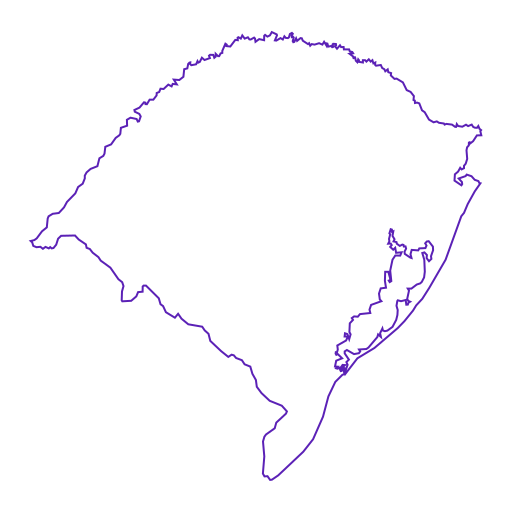 the State of Rio Grande do Sul
{"feature_id": "BRA-612", "entity_name": "Rio Grande do Sul", "entity_type": "State", "adm_level": 1, "iso_a3": "BRA", "parent_name": "Brazil", "parent_adm1": "", "projection": "robinson", "projection_center": [-52.79, -30.407], "detail": "fine", "context": "isolated", "style": "outline", "palette": "violet", "viewbox_px": 512, "rotation_deg": 0, "n_neighbors": 0, "source": "natural_earth", "source_scale": "10m", "svg_char_len": 5935}
<svg xmlns="http://www.w3.org/2000/svg" viewBox="0 0 512 512"><path d="M36.5,247.2L33.3,245.9L32.2,242.4L30.7,241.0L34.3,240.1L36.7,238.4L42.0,231.3L46.8,227.4L47.7,218.5L48.6,216.3L52.7,213.8L58.8,213.0L64.0,207.4L67.0,201.9L75.3,193.4L78.1,187.0L82.7,183.7L84.8,178.4L84.8,175.6L86.6,172.4L90.6,168.9L97.4,166.2L99.4,158.3L103.3,155.9L104.5,153.6L105.3,146.8L111.1,144.4L115.7,137.9L119.3,135.3L120.3,133.8L120.9,127.8L127.1,125.7L126.9,119.8L130.5,117.7L136.6,119.0L137.8,121.6L139.0,121.3L140.7,116.4L139.3,113.9L134.8,111.7L134.4,110.0L139.5,107.6L144.0,102.3L145.3,102.6L145.5,104.1L146.9,104.2L149.6,99.7L153.3,99.7L156.6,95.4L156.7,93.0L159.2,92.0L160.5,88.7L163.6,89.0L168.3,84.6L171.6,86.4L172.7,83.9L176.8,84.4L173.8,79.6L179.3,80.0L183.4,76.8L184.2,69.2L187.3,68.4L188.2,63.9L189.5,62.6L190.3,62.4L190.2,64.2L191.3,65.2L196.1,64.3L197.5,61.1L198.3,62.6L199.8,61.9L201.9,57.7L204.5,60.0L209.9,58.1L209.0,55.7L210.1,54.8L213.3,54.9L214.3,57.8L215.7,56.6L215.7,53.8L218.0,56.1L219.2,56.1L220.6,53.4L222.3,52.9L222.3,50.9L225.4,43.7L226.7,44.6L226.5,46.1L230.3,46.5L235.3,39.9L237.8,40.2L237.6,37.7L238.4,37.2L240.8,38.6L242.3,35.4L244.7,38.6L247.9,37.3L249.4,39.4L250.7,39.5L254.1,37.6L255.0,38.5L255.5,41.8L259.2,39.1L264.1,40.2L264.2,35.8L265.1,34.9L267.4,36.6L269.9,35.4L271.8,32.1L276.7,34.4L277.0,35.3L274.9,40.4L276.3,40.6L280.5,38.1L282.8,39.5L284.4,36.3L285.8,37.9L287.9,38.1L288.9,37.4L289.9,34.0L291.9,32.9L292.8,33.8L291.6,35.7L291.8,37.1L293.0,36.7L293.7,37.5L292.7,41.1L293.3,42.2L294.3,41.9L296.1,38.3L297.1,40.9L300.5,38.1L301.8,38.3L302.8,40.7L308.0,44.1L309.1,43.2L310.2,45.7L311.7,44.1L314.6,44.6L319.1,43.2L322.4,44.6L324.1,41.8L326.4,45.5L326.6,43.4L327.4,43.6L328.3,46.6L331.1,46.0L332.2,47.2L333.1,46.9L332.6,44.4L333.2,43.8L335.9,44.0L336.1,45.3L334.9,46.1L337.0,48.7L340.0,45.3L341.1,47.1L343.6,47.0L343.9,49.4L349.1,49.4L349.8,51.4L352.3,52.0L353.1,53.3L349.6,53.8L354.2,57.3L352.7,58.4L355.1,57.5L355.8,60.7L357.3,62.2L358.2,59.3L359.0,60.3L358.6,61.8L362.9,62.5L362.9,60.2L365.1,60.2L366.4,61.6L368.8,59.3L370.7,61.6L372.4,60.2L373.4,63.4L375.3,62.5L375.1,64.8L376.0,65.7L380.8,65.0L382.2,68.0L384.3,69.2L385.3,71.3L387.7,69.4L388.3,72.2L391.1,73.1L390.8,75.4L394.5,78.9L396.6,78.6L402.9,82.4L406.7,90.1L410.6,91.9L413.9,96.1L413.5,100.0L414.8,100.6L415.0,103.0L417.1,102.6L419.3,103.4L422.0,110.3L424.7,112.2L429.0,119.6L433.6,122.3L436.8,121.4L439.0,122.8L443.9,123.5L444.6,124.6L446.3,123.9L452.0,124.6L455.2,126.9L456.1,126.9L456.8,124.1L458.1,126.0L462.3,126.7L466.0,124.7L468.1,126.1L471.7,124.6L473.2,126.9L474.9,127.7L477.0,127.8L478.3,126.0L479.5,128.8L481.1,130.1L480.3,131.1L481.3,135.3L476.9,135.4L473.1,141.2L470.0,143.6L469.6,142.3L468.9,142.6L468.8,145.4L467.1,147.3L466.5,150.3L467.2,158.9L465.7,163.7L464.0,165.8L464.0,168.2L461.6,169.4L460.2,167.8L458.1,171.6L454.9,174.3L454.5,180.6L461.4,185.3L462.2,184.1L461.9,182.0L458.7,178.5L465.6,176.1L466.7,174.6L471.5,176.2L474.7,179.8L478.4,181.1L479.4,183.1L480.4,183.3L474.8,191.3L467.7,204.1L464.0,212.9L461.3,216.2L445.6,259.7L429.3,287.8L422.3,298.8L416.2,305.4L413.0,310.6L404.4,321.2L397.7,328.1L374.4,348.0L357.4,358.3L345.2,374.1L344.8,372.8L347.6,364.8L346.4,362.1L348.9,359.6L344.7,353.4L344.7,351.4L346.9,350.0L354.0,354.1L358.9,353.2L360.2,351.4L359.0,349.5L366.4,349.0L368.5,347.5L377.3,337.1L378.1,334.4L380.9,336.9L380.1,333.2L382.4,328.4L382.9,330.5L384.9,331.2L387.4,330.6L392.5,326.9L396.2,319.9L397.4,315.0L397.7,310.0L396.5,305.8L397.3,301.0L397.8,300.3L401.0,301.2L405.7,300.0L406.3,304.7L407.8,304.6L408.5,302.6L410.1,301.7L408.2,300.8L407.2,298.9L409.0,290.6L407.8,288.6L411.4,288.6L416.8,284.5L420.2,283.4L421.8,281.9L424.1,277.4L424.8,271.7L424.3,259.8L422.3,253.0L424.4,252.4L426.9,255.0L426.6,258.1L429.0,261.2L431.4,258.9L431.0,256.2L433.1,250.2L432.9,246.6L428.7,241.2L426.8,241.5L425.2,243.3L426.5,245.6L425.4,248.1L419.3,248.4L418.2,250.4L411.7,249.9L410.5,254.2L411.5,258.0L410.3,257.6L404.8,253.9L404.5,251.7L406.1,248.6L405.5,246.4L403.8,246.5L403.5,244.9L402.3,244.6L399.8,245.9L396.8,243.7L396.5,242.1L393.5,241.4L394.5,239.2L392.5,235.9L393.3,231.3L392.1,231.8L391.9,229.6L390.7,229.2L389.4,233.4L390.2,234.3L389.0,239.0L389.4,241.2L388.2,243.7L390.7,243.5L391.7,245.1L390.2,246.9L393.2,249.7L395.2,247.8L396.1,252.8L401.6,252.3L400.2,255.6L395.3,255.5L392.5,259.7L390.2,270.6L391.3,281.1L389.7,282.1L388.8,280.6L390.2,280.2L390.1,278.3L388.3,271.8L385.2,271.8L384.9,280.8L386.0,287.7L380.7,288.4L379.0,293.6L379.8,299.4L381.4,301.2L371.1,304.9L369.5,309.6L370.3,313.0L360.0,314.1L357.8,316.7L354.1,316.4L351.8,318.1L353.0,319.9L349.8,323.3L349.4,332.0L350.6,334.3L349.2,339.2L347.4,334.1L345.0,333.3L344.6,336.5L347.1,336.6L347.4,337.6L346.1,340.5L337.3,345.5L337.8,349.5L337.0,352.3L335.8,352.2L335.6,353.6L336.3,354.8L337.8,354.1L342.1,358.3L336.2,360.7L335.0,366.5L337.7,366.7L336.2,368.3L337.5,368.7L340.9,367.3L342.6,364.9L345.0,365.1L340.1,369.7L340.8,371.1L341.7,370.9L344.7,367.4L343.9,371.1L344.4,374.1L342.4,374.8L335.3,381.9L328.4,396.4L323.0,416.7L313.1,439.2L303.3,451.7L278.2,475.4L271.9,479.7L270.1,479.9L267.5,476.2L264.5,476.4L262.9,473.6L264.3,456.5L263.0,441.5L264.4,436.7L266.0,434.5L274.7,428.3L276.3,422.6L286.0,413.6L286.9,411.4L281.8,405.7L269.7,400.8L261.5,393.1L256.8,386.8L255.9,380.0L252.4,373.8L250.3,366.6L244.6,364.3L241.9,360.2L236.1,358.0L233.8,355.3L231.6,354.7L228.3,356.9L221.1,351.1L210.3,340.9L208.5,333.8L204.7,330.4L202.2,326.7L188.3,324.3L181.5,318.7L178.1,313.8L174.9,317.7L165.9,312.2L163.1,306.1L160.5,304.2L158.8,298.3L146.0,285.6L143.6,285.6L142.7,286.5L142.6,291.7L138.1,292.1L136.3,296.4L131.2,300.8L122.3,301.3L121.7,300.3L122.0,291.4L123.5,286.1L122.2,282.2L118.4,279.2L110.4,267.7L100.7,260.6L98.4,257.1L92.7,252.7L89.8,249.0L86.6,247.8L85.9,244.4L78.7,239.5L75.0,235.5L61.1,235.8L58.1,238.7L56.2,244.7L53.5,248.0L51.7,248.4L50.2,247.1L48.8,248.4L45.5,246.9L42.9,248.8L40.4,246.8L36.5,247.2Z" fill="none" stroke="#5b21b6" stroke-width="2"/></svg>